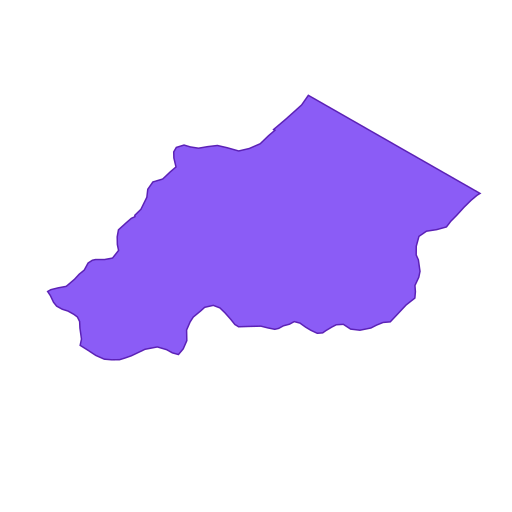 SVG path tracing the border of Al Jufrah, rotated 300°
{"feature_id": "LBY-2964", "entity_name": "Al Jufrah", "entity_type": "Municipality", "adm_level": 1, "iso_a3": "LBY", "parent_name": "Libya", "parent_adm1": "", "projection": "natural_earth1", "projection_center": [16.482, 27.933], "detail": "fine", "context": "isolated", "style": "filled", "palette": "violet", "viewbox_px": 512, "rotation_deg": 300, "n_neighbors": 0, "source": "natural_earth", "source_scale": "10m", "svg_char_len": 1708}
<svg xmlns="http://www.w3.org/2000/svg" viewBox="0 0 512 512"><g transform="rotate(300 256 256)"><path d="M90.7,148.4L96.8,146.4L105.5,139.6L111.1,136.0L113.9,131.8L114.4,127.5L114.3,120.7L113.0,114.7L112.9,108.4L114.7,103.8L118.9,97.7L121.1,93.3L124.3,95.2L129.5,100.6L134.8,106.8L145.2,110.5L151.9,112.0L157.9,114.3L166.0,114.1L170.5,116.4L172.7,118.8L177.2,126.6L182.5,132.8L192.1,134.2L196.6,130.2L203.2,126.2L209.9,123.8L219.6,126.9L226.3,129.2L229.5,131.5L230.7,130.7L238.9,133.0L252.3,132.1L259.7,128.9L268.6,129.7L276.0,136.7L286.4,139.8L293.1,142.2L299.8,135.9L305.0,132.7L310.2,132.7L316.1,138.2L317.6,144.5L320.6,152.3L326.5,159.4L332.4,167.3L335.3,176.7L338.3,188.5L345.7,196.4L355.3,203.5L366.4,206.7L374.4,209.5L374.4,208.0L389.7,213.5L409.6,220.0L421.3,221.0L421.8,333.6L422.0,376.2L422.2,418.7L419.2,417.1L411.8,414.4L402.4,411.8L391.4,409.4L383.4,407.3L376.4,406.4L369.2,399.3L362.7,391.2L354.5,387.3L344.6,389.9L337.0,394.2L333.8,398.6L324.7,405.7L319.0,407.6L309.9,408.4L304.8,411.9L299.0,414.6L288.7,410.5L276.7,407.7L266.1,405.2L262.0,399.3L256.5,395.0L251.1,391.5L243.7,383.1L240.0,374.5L240.5,365.8L236.6,359.9L232.4,357.2L226.3,353.8L222.8,352.2L219.7,347.7L219.1,340.7L219.2,334.5L219.8,328.4L219.9,327.7L218.3,321.9L213.7,319.1L209.2,314.6L204.6,311.8L201.9,308.9L199.7,302.3L197.7,295.3L191.1,284.5L186.0,276.3L186.1,273.9L186.1,272.0L188.6,265.6L191.3,257.5L193.0,250.7L191.9,243.7L185.9,237.2L180.9,235.6L171.8,232.2L166.0,231.9L157.2,232.9L148.1,238.4L139.2,239.4L131.9,238.1L130.3,232.0L130.2,225.4L127.9,216.0L119.7,206.5L107.2,197.9L102.1,193.5L98.0,189.7L94.0,183.0L90.8,176.2L89.8,167.0L90.4,156.7L90.7,148.4Z" fill="#8b5cf6" stroke="#5b21b6" stroke-width="1.5"/></g></svg>